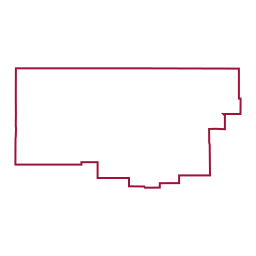 the district of Iron, Utah, United States of America
{"feature_id": "52423323B18827245636092", "entity_name": "Iron", "entity_type": "district", "adm_level": 2, "iso_a3": "USA", "parent_name": "United States of America", "parent_adm1": "Utah", "projection": "natural_earth1", "projection_center": [-113.349, 37.812], "detail": "fine", "context": "isolated", "style": "outline", "palette": "rose", "viewbox_px": 256, "rotation_deg": 0, "n_neighbors": 0, "source": "geoboundaries", "source_scale": "gbopen_adm2", "svg_char_len": 571}
<svg xmlns="http://www.w3.org/2000/svg" viewBox="0 0 256 256"><path d="M15.9,68.3L15.8,94.6L15.9,115.6L15.8,120.7L15.8,125.8L16.0,128.3L15.8,136.1L15.6,137.8L15.5,139.4L15.5,139.5L15.4,159.0L15.4,164.6L81.4,164.6L81.4,162.2L97.6,162.2L97.6,178.0L100.3,178.0L129.0,178.0L129.0,186.3L144.3,186.5L144.9,187.7L159.8,187.6L159.8,183.2L179.1,183.1L179.1,175.4L210.0,175.4L209.7,144.7L209.2,142.7L209.1,129.0L215.7,128.8L224.9,129.2L224.9,115.5L223.4,114.0L240.5,114.0L240.6,98.6L238.9,98.6L238.9,68.6L128.6,68.3L15.9,68.3Z" fill="none" stroke="#9f1239" stroke-width="2"/></svg>